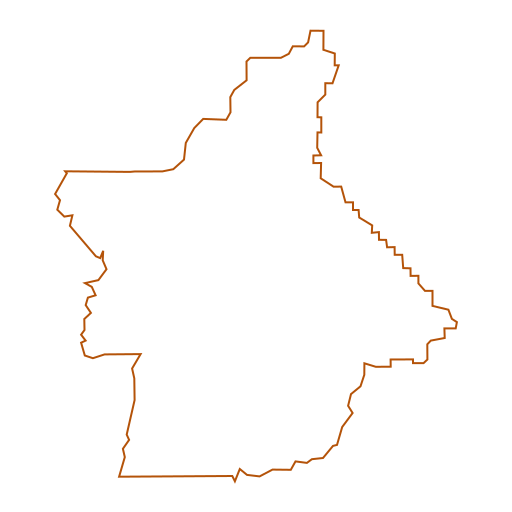 Butte, California, United States of America (orthographic projection)
{"feature_id": "52423323B88547646561946", "entity_name": "Butte", "entity_type": "district", "adm_level": 2, "iso_a3": "USA", "parent_name": "United States of America", "parent_adm1": "California", "projection": "orthographic", "projection_center": [-121.549, 39.724], "detail": "fine", "context": "isolated", "style": "outline", "palette": "amber", "viewbox_px": 512, "rotation_deg": 0, "n_neighbors": 0, "source": "geoboundaries", "source_scale": "gbopen_adm2", "svg_char_len": 1728}
<svg xmlns="http://www.w3.org/2000/svg" viewBox="0 0 512 512"><path d="M64.3,216.6L72.4,215.3L69.9,225.8L95.9,256.3L100.2,258.1L103.2,250.8L102.7,260.3L106.5,269.2L98.4,280.1L85.0,283.1L91.8,286.9L95.6,295.3L87.9,297.6L85.7,305.1L90.9,312.9L84.3,319.0L84.5,330.0L81.1,334.7L85.6,340.6L81.1,342.7L84.8,355.5L92.9,358.2L104.6,354.4L140.6,354.1L132.1,368.5L134.3,378.4L134.6,400.1L126.7,434.6L129.1,439.9L122.9,448.8L124.8,457.1L119.1,476.7L232.3,476.0L234.9,481.3L239.8,469.0L247.0,474.9L259.6,476.4L272.5,469.6L290.8,469.8L295.5,461.4L306.9,462.9L311.9,459.2L323.0,458.0L333.0,445.9L337.0,444.9L342.2,427.0L352.6,413.0L348.1,405.8L351.0,394.1L360.5,386.3L364.3,374.8L364.4,363.3L375.8,366.8L390.7,366.7L390.6,359.5L413.0,359.4L413.0,363.1L423.6,363.1L427.4,359.5L427.3,344.3L430.8,340.6L444.7,338.0L444.4,328.4L455.7,328.4L456.9,322.1L451.9,318.9L448.4,309.7L432.5,305.9L432.5,290.9L425.0,290.9L418.4,283.4L418.4,275.8L410.6,275.9L410.5,268.3L403.2,268.1L402.2,254.8L394.7,254.8L394.6,247.1L387.1,247.3L386.1,239.9L379.0,239.8L378.9,232.1L371.8,232.8L372.2,225.4L359.2,217.5L358.6,210.0L353.0,210.0L353.0,202.3L345.5,202.3L341.2,186.6L333.6,186.7L320.7,178.3L321.1,163.0L313.4,163.1L313.4,155.5L321.1,155.3L317.2,147.8L317.5,132.4L321.3,132.5L321.3,117.3L317.5,117.2L317.6,102.3L325.3,94.6L325.3,83.2L332.5,83.3L338.7,65.3L334.7,65.3L334.8,53.5L323.4,49.8L323.5,30.8L310.5,30.7L308.1,42.4L304.1,46.4L292.8,46.3L288.8,53.8L280.9,57.8L250.3,57.8L246.5,61.5L246.6,80.3L234.3,89.9L230.3,97.1L230.5,112.3L226.3,119.8L203.2,118.9L194.3,128.0L185.8,142.9L184.0,159.6L173.3,169.2L162.4,171.4L134.4,171.5L129.9,171.9L65.2,171.3L66.8,173.3L55.1,194.0L60.0,200.2L57.3,209.7L64.3,216.6Z" fill="none" stroke="#b45309" stroke-width="2"/></svg>